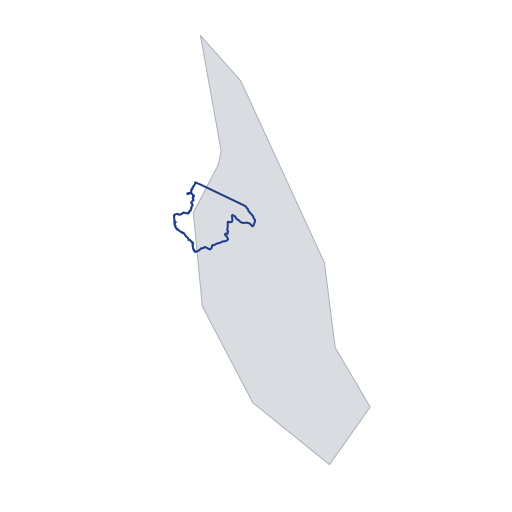 Ngetbong, Ngardmau, Palau shown in context, rotated 327°
{"feature_id": "81905179B3509636164924", "entity_name": "Ngetbong", "entity_type": "district", "adm_level": 2, "iso_a3": "PLW", "parent_name": "Palau", "parent_adm1": "Ngardmau", "projection": "robinson", "projection_center": [134.551, 7.586], "detail": "fine", "context": "in_parent", "style": "outline", "palette": "blue", "viewbox_px": 512, "rotation_deg": 327, "n_neighbors": 0, "source": "geoboundaries", "source_scale": "gbopen_adm2", "svg_char_len": 5375}
<svg xmlns="http://www.w3.org/2000/svg" viewBox="0 0 512 512"><g transform="rotate(327 256 256)"><path d="M269.5,444.8L204.0,471.0L173.4,377.4L183.6,269.0L227.0,185.6L274.1,158.9L283.8,149.3L329.5,41.0L338.6,100.8L309.7,298.9L272.5,376.0L269.5,444.8Z" fill="#d9dde1" stroke="#a8b0b8" stroke-width="1"/><path d="M245.2,161.3L244.7,161.7L244.5,162.1L244.0,162.3L243.9,162.4L243.1,162.8L242.8,162.9L242.7,163.1L242.1,163.3L241.1,163.5L240.6,163.7L240.6,163.8L240.2,164.0L240.1,164.3L239.8,164.6L239.6,164.6L239.1,165.1L238.9,165.2L238.4,164.9L238.2,164.9L237.8,165.3L237.7,165.2L237.6,165.3L237.7,165.5L237.5,165.8L236.9,166.5L236.5,167.4L236.3,167.6L234.4,167.0L234.4,166.8L233.9,166.6L233.7,166.7L233.4,166.4L233.1,166.6L232.4,166.3L232.3,166.6L232.6,166.7L232.6,166.8L233.0,167.0L233.1,166.6L235.8,167.7L235.6,167.9L235.7,168.0L235.8,168.2L235.9,168.8L236.2,169.6L236.6,170.7L236.5,170.8L236.8,171.3L236.7,171.6L236.4,171.4L236.1,171.4L235.9,171.4L235.6,171.7L235.5,171.8L235.4,171.9L235.5,172.1L235.3,172.1L235.2,172.2L235.0,172.5L234.6,172.7L234.6,173.0L234.4,173.4L234.5,173.6L234.4,173.7L234.5,173.8L234.4,174.0L234.5,174.1L234.4,174.3L234.2,174.3L234.1,174.6L233.9,175.0L233.8,174.9L233.7,175.0L233.3,175.2L232.9,175.2L232.1,175.5L231.8,175.4L231.6,175.4L231.1,175.7L230.9,176.1L230.7,176.2L230.7,176.4L230.5,176.9L230.5,177.2L230.6,177.4L230.9,177.5L231.0,177.6L230.9,177.9L230.4,178.3L230.4,178.6L230.2,178.8L230.1,179.2L229.6,179.6L229.2,179.6L228.8,179.7L228.7,179.8L228.6,179.7L228.5,179.8L228.4,180.0L228.2,180.0L228.0,180.3L227.9,180.4L227.7,180.5L227.5,180.9L227.5,181.2L227.3,181.3L227.1,181.4L226.9,181.6L226.7,181.7L226.3,181.9L226.4,182.0L226.1,182.2L225.9,182.0L225.5,182.0L225.4,182.1L225.2,182.1L224.9,182.2L224.8,182.3L224.7,182.3L224.6,182.5L224.3,182.6L224.1,182.5L224.0,182.4L223.9,182.5L223.7,182.8L223.6,183.0L223.2,183.1L223.0,183.3L222.6,183.3L222.3,183.4L222.1,183.1L221.9,182.8L221.7,182.8L221.7,182.6L221.3,182.4L220.9,182.1L220.7,182.0L220.5,181.9L220.4,181.8L220.2,181.6L219.9,181.2L219.8,180.9L219.7,180.9L219.4,180.7L219.1,180.5L219.0,180.3L218.9,180.2L218.8,180.3L218.7,180.3L218.6,180.1L218.3,180.0L218.1,180.1L217.9,180.1L217.4,180.0L217.1,180.3L216.4,180.3L216.1,180.2L215.7,180.0L215.4,180.0L215.2,180.1L215.0,179.8L214.4,179.4L214.1,179.4L214.0,179.1L213.9,179.0L213.8,178.9L213.7,179.2L213.4,179.0L213.4,178.6L213.2,178.2L213.0,177.9L212.6,177.6L211.8,177.3L211.1,177.3L210.5,177.1L210.4,177.2L209.9,177.3L209.6,177.5L209.5,177.4L209.3,177.8L209.0,177.8L208.9,178.0L208.5,178.8L208.5,179.0L207.8,179.9L207.6,180.4L207.5,180.8L207.1,181.8L207.0,182.2L206.8,182.3L206.4,182.6L206.4,182.8L206.1,182.9L206.0,183.2L205.9,183.4L205.7,183.6L205.6,183.8L205.9,184.0L206.0,184.0L206.0,183.9L206.4,183.9L206.6,183.9L206.7,184.0L206.2,184.1L205.7,184.4L205.6,184.6L205.4,184.7L205.3,184.8L205.0,184.9L204.8,185.1L204.7,185.4L204.7,185.8L204.8,186.1L204.7,186.5L204.8,186.6L204.7,186.7L204.7,186.9L204.7,187.2L204.5,187.4L204.2,187.5L204.1,188.3L204.2,189.3L204.3,189.3L204.2,189.7L204.3,189.8L204.3,190.1L204.5,190.2L204.4,190.2L204.4,190.5L204.6,190.5L204.7,190.8L205.0,190.9L205.0,191.0L204.9,191.1L204.6,191.4L204.7,191.5L204.8,191.8L204.9,192.0L205.4,192.8L205.6,193.5L205.8,193.7L205.9,194.5L206.4,195.0L206.4,195.3L206.5,195.4L206.4,195.5L206.5,195.9L206.7,196.0L206.8,196.2L206.8,196.3L207.0,196.3L207.0,196.5L207.5,196.8L207.5,197.0L207.8,197.2L207.8,197.4L207.9,197.8L208.0,198.0L207.9,198.6L208.0,198.7L207.9,199.7L208.1,200.4L208.0,200.7L208.0,201.4L208.3,201.9L208.2,202.1L208.4,202.5L208.5,202.8L208.5,203.0L208.7,203.5L208.5,204.3L208.6,204.5L208.6,205.0L208.8,205.7L209.0,206.3L208.9,206.3L209.2,206.6L209.2,206.8L209.4,207.1L209.4,207.5L209.6,207.9L209.5,208.4L209.5,208.5L209.6,208.9L209.8,209.0L209.8,209.3L209.7,209.4L209.8,209.7L210.0,209.8L209.9,209.9L209.9,210.0L209.9,210.3L210.1,210.4L210.1,210.5L209.9,210.4L209.6,210.7L209.5,210.9L209.6,211.2L209.8,211.3L209.7,211.4L209.5,211.9L209.2,212.1L208.9,212.4L208.7,212.4L208.6,212.6L208.4,212.9L208.3,213.2L208.3,213.4L208.1,213.6L208.0,214.0L207.9,214.2L207.9,214.3L207.7,214.5L207.6,214.9L207.5,215.1L207.6,215.3L207.5,215.7L207.3,215.9L207.3,216.1L207.2,216.2L207.0,216.5L207.1,216.9L207.2,217.1L207.4,217.5L207.3,217.9L207.1,217.9L207.0,218.1L207.0,218.6L207.3,218.6L207.2,218.9L207.2,218.7L207.0,218.8L207.1,219.0L207.3,219.4L208.0,219.8L208.2,219.7L208.5,219.9L211.3,220.3L212.5,220.0L213.3,220.0L214.3,219.7L215.0,220.3L216.1,220.6L218.1,220.6L220.1,224.0L220.5,224.9L220.9,225.3L221.4,225.5L223.5,224.8L225.0,223.2L225.5,223.2L226.4,223.9L227.9,224.2L228.8,224.2L229.6,224.1L231.3,224.8L233.8,225.5L235.6,225.5L238.4,226.9L240.3,227.1L241.6,226.8L242.0,225.3L242.0,223.4L241.5,221.8L242.2,220.7L242.9,220.8L243.9,221.4L244.2,221.8L246.0,220.1L245.8,218.9L246.1,218.4L248.1,216.2L250.3,212.9L250.8,212.1L251.9,212.5L252.9,213.8L254.5,214.1L255.6,213.4L257.7,209.2L258.5,208.8L259.0,209.5L259.8,210.8L260.0,212.5L259.8,213.6L260.2,215.1L260.9,216.3L261.1,217.0L261.3,218.3L262.2,220.3L263.5,221.4L266.7,223.2L267.5,224.4L268.1,224.7L268.4,225.1L268.5,225.9L268.8,226.8L268.8,228.0L269.1,228.9L269.6,229.3L271.1,228.6L272.0,227.9L273.1,227.1L274.5,225.9L274.8,224.8L274.6,224.0L274.8,223.3L274.7,222.5L275.3,221.3L274.2,214.0L274.7,212.6L274.7,211.8L274.4,210.8L274.5,209.0L273.3,206.7L248.2,165.6L245.2,161.3Z" fill="none" stroke="#1e3a8a" stroke-width="2"/></g></svg>